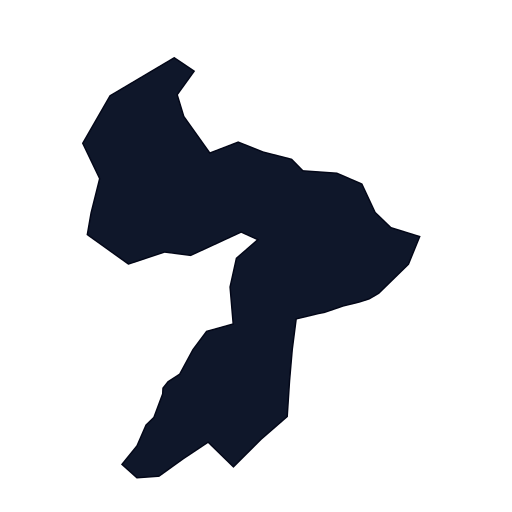 SVG path tracing the border of Siguldas, rotated 83°
{"feature_id": "LVA-5778", "entity_name": "Siguldas", "entity_type": "Municipality", "adm_level": 1, "iso_a3": "LVA", "parent_name": "Latvia", "parent_adm1": "", "projection": "orthographic", "projection_center": [24.938, 57.102], "detail": "fine", "context": "isolated", "style": "filled", "palette": "ink", "viewbox_px": 512, "rotation_deg": 83, "n_neighbors": 0, "source": "natural_earth", "source_scale": "10m", "svg_char_len": 825}
<svg xmlns="http://www.w3.org/2000/svg" viewBox="0 0 512 512"><g transform="rotate(83 256 256)"><path d="M446.5,414.4L429.9,397.2L410.4,385.7L403.8,377.0L381.5,365.4L375.8,364.4L370.0,358.5L364.0,346.1L341.2,329.9L324.8,314.2L320.7,286.9L283.6,285.5L255.9,275.7L240.0,252.1L230.4,267.8L247.4,320.8L240.9,346.3L248.4,383.6L214.2,420.8L193.1,414.4L160.1,401.7L123.0,414.2L79.2,381.3L49.3,313.0L65.0,294.9L86.3,314.6L108.7,310.7L148.2,289.3L140.8,259.8L153.7,236.3L164.4,208.9L177.2,199.1L183.7,165.7L197.5,142.2L227.3,132.5L244.3,118.7L256.7,91.2L282.7,105.7L307.9,138.7L312.3,148.9L314.2,158.9L316.2,175.7L320.3,195.1L320.7,201.1L323.3,223.8L353.1,231.4L384.3,238.0L419.1,244.6L438.4,273.2L462.5,304.1L434.9,326.2L448.2,352.7L462.7,379.2L461.6,401.2L446.5,414.4Z" fill="#0f172a" stroke="#020617" stroke-width="1.5"/></g></svg>